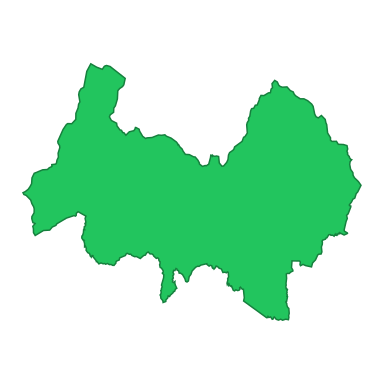 outline of Archidona, Napo, Ecuador
{"feature_id": "8360857B80114747144377", "entity_name": "Archidona", "entity_type": "district", "adm_level": 2, "iso_a3": "ECU", "parent_name": "Ecuador", "parent_adm1": "Napo", "projection": "equal_earth", "projection_center": [-77.955, -0.716], "detail": "fine", "context": "isolated", "style": "filled", "palette": "green", "viewbox_px": 384, "rotation_deg": 0, "n_neighbors": 0, "source": "geoboundaries", "source_scale": "gbopen_adm2", "svg_char_len": 5991}
<svg xmlns="http://www.w3.org/2000/svg" viewBox="0 0 384 384"><path d="M313.1,106.3L311.7,104.1L307.7,100.7L303.9,98.8L300.2,98.8L295.6,95.8L294.2,94.2L293.2,91.9L290.3,90.6L287.0,86.9L282.4,87.2L280.3,86.5L278.8,85.3L277.3,82.0L274.7,80.4L272.0,83.7L272.5,87.7L271.1,89.1L270.4,92.7L268.4,92.9L263.9,95.6L261.0,95.4L259.3,98.6L259.3,99.8L257.2,105.0L255.3,105.2L253.7,108.3L251.8,108.6L251.3,109.2L250.6,111.1L249.8,116.3L248.5,118.3L248.7,120.3L247.3,122.5L246.7,124.8L247.3,133.1L244.9,136.7L243.6,137.3L242.1,141.4L234.6,146.9L233.9,149.1L232.9,150.3L229.6,152.6L228.5,155.0L228.0,159.5L226.7,162.4L223.6,166.0L221.9,166.2L219.3,163.0L218.6,156.5L216.6,156.0L214.9,156.3L213.2,156.0L212.7,155.4L212.5,156.2L212.0,155.7L211.3,156.0L211.1,155.1L210.8,155.1L210.5,157.6L208.7,164.2L206.2,165.8L205.2,165.5L202.5,166.4L199.4,164.0L199.3,162.8L197.9,160.2L195.2,157.0L193.5,156.8L189.3,154.6L185.4,154.4L183.1,151.2L182.1,149.0L179.7,146.7L178.6,144.7L177.9,144.8L177.7,143.7L176.4,142.0L171.1,138.1L166.4,136.2L164.9,134.8L161.5,135.3L158.4,135.0L152.1,137.5L146.9,137.9L145.7,138.5L142.7,136.4L139.6,131.1L139.1,129.2L135.9,127.5L135.4,127.5L134.9,129.2L133.8,130.7L129.3,131.8L125.9,135.2L123.9,132.7L122.6,132.5L121.5,130.3L119.9,129.9L117.0,125.9L116.6,123.2L111.4,120.5L109.4,116.9L110.2,114.8L113.6,112.3L113.8,108.1L115.4,105.8L117.4,98.9L117.8,90.7L119.7,88.5L122.5,86.6L123.8,84.8L125.2,78.4L110.1,66.5L106.6,65.5L105.1,65.9L104.2,66.5L102.3,69.3L96.7,67.2L90.8,63.8L86.8,71.3L83.8,87.3L80.9,88.9L79.2,91.9L78.7,94.7L79.9,101.9L78.6,104.2L78.1,107.9L75.9,113.3L75.8,119.4L71.8,123.7L67.7,123.6L66.4,124.5L63.1,129.4L57.8,141.3L58.0,143.1L59.6,145.7L59.8,147.7L58.1,153.2L58.4,157.2L57.0,160.1L56.4,163.2L55.7,164.1L51.8,164.6L51.9,166.5L49.2,167.8L47.4,169.5L42.7,169.8L34.2,173.3L32.0,177.9L31.6,183.7L30.0,186.7L28.2,189.3L25.1,191.7L23.0,192.7L23.9,194.5L26.2,195.4L30.7,200.0L31.9,203.7L33.7,206.9L34.2,208.9L34.1,212.8L31.9,216.6L31.8,218.7L32.9,222.6L35.1,223.5L32.8,226.3L33.4,228.7L33.5,232.7L35.2,235.5L43.5,230.5L49.7,230.1L52.3,227.0L55.9,225.4L56.8,223.8L66.4,218.1L74.0,215.6L75.5,216.1L76.2,215.4L76.3,213.3L78.1,211.7L85.9,216.1L85.1,218.5L85.9,222.2L85.3,223.1L85.6,223.4L85.6,224.4L85.2,224.2L85.5,225.3L85.3,226.0L84.3,226.7L84.4,227.5L84.0,228.2L84.7,229.7L83.6,229.8L83.4,232.8L82.7,235.1L81.9,236.1L81.8,238.0L82.7,239.5L84.1,240.3L83.6,240.7L83.9,240.9L84.6,243.8L84.6,246.8L85.4,246.2L86.3,248.4L86.1,250.3L87.8,252.7L89.5,253.5L90.4,256.2L91.0,256.4L91.3,257.1L92.2,255.5L92.8,255.6L92.6,256.2L96.1,260.6L96.4,261.7L97.1,261.6L98.9,263.9L101.0,262.9L103.1,263.8L104.6,263.5L105.6,264.2L107.6,263.5L109.3,264.6L111.2,264.5L112.5,265.3L114.0,265.4L115.9,263.1L115.9,262.1L116.5,261.1L119.2,260.0L119.7,257.9L125.4,255.5L126.1,254.0L127.1,253.3L129.4,254.3L130.7,254.1L131.8,255.4L134.6,256.7L136.4,256.5L140.3,258.5L143.7,255.5L145.4,255.1L146.6,253.0L148.2,252.0L150.0,253.9L151.8,253.9L153.0,254.6L153.7,256.0L156.3,258.4L157.7,257.8L158.7,258.9L159.0,260.7L160.0,261.6L160.0,263.9L159.6,264.7L160.2,267.5L161.4,268.0L163.2,270.8L163.2,272.0L162.3,273.1L163.8,274.8L163.6,277.8L161.5,285.1L162.2,286.8L161.4,288.7L161.5,289.7L160.8,290.4L161.2,292.2L160.8,294.2L160.1,295.0L160.6,295.8L160.9,298.4L162.8,300.6L163.1,302.5L165.8,301.5L165.9,299.9L167.7,298.0L168.2,295.9L169.6,296.5L170.3,295.2L173.0,292.8L173.5,291.6L174.6,291.4L175.4,289.2L176.8,288.3L175.4,285.3L174.8,283.1L174.9,281.5L173.5,282.6L172.5,281.9L172.9,280.2L172.3,279.2L173.3,278.1L172.8,275.8L173.7,274.7L173.7,273.6L173.0,272.7L173.6,270.4L174.9,270.6L176.0,268.5L177.1,269.2L177.2,270.3L178.5,270.6L179.2,273.2L180.2,273.0L182.5,274.5L184.9,278.7L185.7,281.4L187.0,282.0L188.4,281.0L189.2,276.6L190.9,274.4L192.1,271.0L195.7,267.2L197.7,266.2L199.0,266.4L200.9,265.1L206.8,263.7L206.8,264.3L209.1,266.1L210.3,265.3L211.7,265.7L212.4,267.9L213.0,268.4L213.6,268.3L214.0,269.1L215.6,267.4L215.8,266.3L216.7,266.1L218.8,267.6L219.0,268.2L221.4,269.0L222.9,272.5L224.8,272.2L226.4,272.8L227.3,271.9L228.2,272.3L228.6,276.8L227.6,278.9L227.9,279.8L227.0,283.2L227.3,284.6L228.1,283.3L228.8,283.4L229.1,284.1L228.6,284.5L228.8,285.8L229.7,285.4L231.0,286.4L231.1,285.9L231.5,285.9L233.3,290.3L234.6,290.9L235.8,289.8L237.8,290.6L239.2,290.1L239.9,289.4L239.6,287.8L240.4,287.1L242.2,289.2L243.4,289.3L244.3,297.8L243.6,301.0L266.6,317.7L267.4,317.6L268.0,316.4L268.9,317.5L270.6,316.9L272.2,319.3L273.0,319.1L273.9,317.2L274.4,317.0L276.2,319.3L278.5,320.1L280.7,319.2L282.6,320.2L285.7,319.2L288.4,319.7L288.9,317.2L288.6,315.8L289.2,313.4L288.8,308.4L287.7,307.4L286.9,305.3L286.7,303.4L285.9,302.3L286.0,301.5L286.6,301.4L287.5,296.6L286.9,296.4L287.3,295.0L286.6,293.7L287.1,292.6L286.8,291.4L287.4,289.7L286.9,289.5L286.8,288.7L286.2,288.7L285.8,286.0L286.2,285.3L286.0,283.3L286.6,278.4L286.3,274.0L287.4,273.4L289.2,273.5L290.7,272.1L292.9,271.0L292.8,270.0L291.5,267.7L292.0,260.9L299.6,261.0L300.3,262.0L300.0,264.6L300.5,265.7L303.0,264.4L305.6,265.6L311.5,266.9L312.6,262.9L315.5,259.9L317.7,255.0L318.7,254.2L321.1,254.0L321.9,251.9L321.4,246.9L322.3,244.3L322.4,242.1L322.0,241.3L322.8,240.1L325.4,239.2L326.1,238.0L326.9,237.8L328.8,234.7L330.5,234.6L330.9,235.3L332.7,235.2L334.1,236.2L335.2,234.3L335.5,235.2L336.7,235.4L337.0,234.2L337.7,234.7L338.3,233.6L338.9,233.7L339.3,232.8L339.9,233.6L340.3,233.1L344.1,235.0L347.2,233.6L347.5,233.2L347.2,232.8L344.6,231.3L344.1,230.1L346.1,221.4L347.3,218.5L346.6,215.3L348.1,213.9L350.8,206.9L350.8,206.0L349.5,205.7L349.3,204.9L351.6,201.9L352.8,199.3L354.8,198.1L356.2,193.6L357.7,192.0L361.0,185.3L358.4,181.6L354.5,177.8L353.1,175.3L352.9,172.7L350.6,169.3L349.7,164.4L350.1,161.6L351.7,159.7L350.7,159.3L349.5,157.6L349.3,156.6L347.5,154.4L347.7,153.0L346.9,151.2L347.7,149.0L347.0,145.6L343.3,144.5L338.3,144.3L336.4,141.3L331.9,141.4L330.5,140.2L330.5,137.7L327.6,133.0L326.7,124.6L325.9,122.8L325.2,119.4L321.4,115.5L318.3,117.9L316.1,116.8L314.7,114.1L313.1,106.3Z" fill="#22c55e" stroke="#15803d" stroke-width="1.5"/></svg>